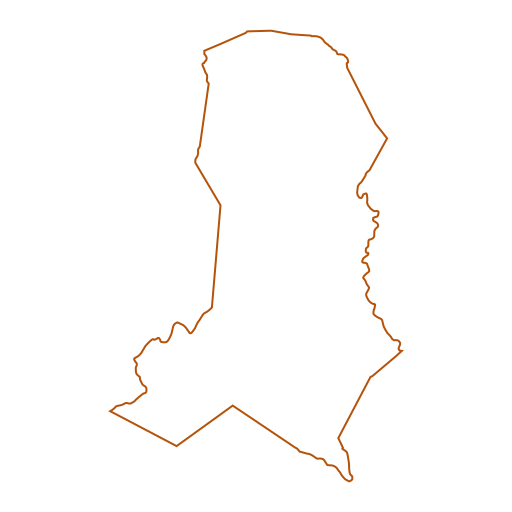 the district of Nueva Armenia, Francisco Morazán, Honduras
{"feature_id": "27666195B91464863052261", "entity_name": "Nueva Armenia", "entity_type": "district", "adm_level": 2, "iso_a3": "HND", "parent_name": "Honduras", "parent_adm1": "Francisco Morazán", "projection": "robinson", "projection_center": [-87.179, 13.75], "detail": "fine", "context": "isolated", "style": "outline", "palette": "amber", "viewbox_px": 512, "rotation_deg": 0, "n_neighbors": 0, "source": "geoboundaries", "source_scale": "gbopen_adm2", "svg_char_len": 6022}
<svg xmlns="http://www.w3.org/2000/svg" viewBox="0 0 512 512"><path d="M176.6,446.1L232.7,405.6L295.2,447.6L296.1,448.0L296.9,448.5L297.7,449.2L299.0,450.8L299.6,451.5L299.8,451.7L300.1,451.8L300.9,451.9L306.1,453.4L308.4,453.8L309.9,454.2L311.3,454.9L312.4,455.5L314.4,456.8L316.0,458.1L317.0,458.5L317.5,458.7L318.0,458.7L319.4,458.5L320.3,458.5L321.7,458.7L322.9,459.1L323.5,459.5L324.2,460.3L324.9,461.3L326.6,464.0L327.1,464.7L327.4,465.0L327.8,465.1L328.8,465.2L329.7,465.3L331.1,465.3L332.1,465.4L333.6,465.9L334.4,466.3L335.1,466.7L336.3,467.6L337.1,468.5L338.1,470.1L339.4,471.6L340.0,472.3L340.5,473.2L341.3,474.7L342.2,475.9L343.6,477.6L344.7,478.8L345.3,479.3L346.8,480.1L348.6,481.2L348.9,481.3L349.2,481.3L350.1,481.0L350.7,480.7L351.3,480.3L352.2,479.4L352.3,479.0L352.3,477.4L352.2,476.7L352.1,476.2L351.8,475.9L351.1,475.3L350.2,474.2L349.9,473.6L349.6,472.6L349.5,472.0L349.5,471.2L349.3,470.3L349.2,468.8L348.9,462.6L347.7,455.6L347.3,453.5L347.0,452.7L346.8,452.3L346.6,452.0L346.1,451.5L344.6,450.3L343.6,449.6L342.7,449.2L342.4,448.7L342.4,448.4L342.6,448.0L342.9,447.7L338.3,438.1L370.5,376.9L372.4,376.1L396.2,356.0L401.8,350.9L399.6,350.5L398.8,349.5L398.6,348.3L399.2,346.7L399.7,345.5L400.1,343.9L400.0,342.6L398.7,340.9L397.5,340.3L395.9,340.1L394.1,340.3L392.2,339.0L390.8,336.7L389.6,335.3L387.3,332.9L385.4,329.8L383.8,326.7L382.8,323.2L382.5,321.4L381.9,319.7L380.9,318.8L379.1,318.0L376.9,316.9L375.2,315.7L373.6,314.1L373.4,312.7L373.8,309.8L374.0,309.7L374.5,308.2L375.1,305.1L375.1,304.6L374.5,304.1L373.1,303.9L371.1,302.9L369.4,301.4L368.3,299.9L366.8,297.1L366.2,295.6L366.2,293.7L367.1,292.0L368.0,290.4L368.9,288.5L369.0,287.4L366.8,284.2L366.1,282.7L365.4,280.8L364.7,279.7L363.5,278.4L363.2,277.5L364.0,276.0L365.6,274.4L367.1,273.0L368.4,272.2L369.3,271.0L368.9,268.9L368.0,266.5L367.9,266.4L367.2,264.3L366.9,263.6L365.7,263.0L364.8,262.8L363.2,262.7L362.4,262.2L362.3,260.7L363.1,258.7L364.1,257.7L365.8,256.4L366.9,255.7L368.1,254.7L368.4,253.5L368.0,252.8L367.1,252.8L366.5,252.7L365.8,251.7L365.8,250.0L366.0,248.4L367.0,247.6L368.1,246.5L368.4,244.4L368.3,243.1L368.4,241.6L368.6,240.4L369.1,239.7L370.5,239.4L372.2,238.7L372.5,238.4L373.4,237.8L374.2,236.3L374.3,232.0L374.4,230.9L375.3,229.1L376.5,227.9L377.6,227.1L378.1,225.9L377.9,224.3L376.9,222.9L373.6,220.9L373.0,219.7L373.3,217.9L374.5,217.3L376.2,216.8L377.1,216.6L377.9,215.6L378.3,214.1L378.6,212.5L378.3,211.5L377.1,211.0L375.3,211.2L373.4,210.8L370.6,208.6L369.4,207.0L368.1,205.5L367.1,203.0L367.3,198.1L366.8,194.3L366.2,193.5L365.5,193.6L364.4,193.9L363.3,194.4L362.0,197.4L361.7,197.7L360.4,198.0L359.2,197.5L357.6,195.1L357.1,192.4L357.3,191.0L357.6,188.6L357.9,186.1L359.6,183.6L361.0,182.5L362.1,181.0L362.8,179.9L364.4,177.4L365.6,175.3L365.7,174.1L366.6,172.7L368.3,171.1L369.2,170.5L369.9,169.6L370.5,168.4L387.1,138.4L375.5,123.7L347.1,67.6L347.1,67.1L347.1,66.0L346.7,64.2L346.8,63.1L347.3,63.0L347.8,62.6L348.0,62.2L348.1,61.8L348.0,60.8L347.6,59.3L347.3,58.6L346.8,57.9L346.5,57.5L345.8,57.0L344.9,56.1L344.3,55.3L343.8,55.0L343.0,54.7L339.8,54.3L338.2,54.3L337.7,54.1L337.4,54.0L337.1,53.6L336.9,52.8L336.6,52.0L336.3,51.5L336.0,51.2L335.3,50.7L333.4,49.7L332.5,49.2L332.2,48.8L331.6,47.9L330.8,46.9L330.4,46.7L329.5,46.2L329.0,45.8L328.3,44.9L325.1,42.6L324.3,41.6L323.2,40.0L322.9,39.6L321.3,38.1L320.4,37.5L318.8,36.9L317.5,36.5L316.6,36.3L314.2,36.1L312.5,36.2L311.7,36.2L311.4,36.0L310.9,35.6L291.4,34.3L271.0,30.7L247.2,31.4L245.7,32.9L220.7,43.9L204.3,50.8L204.4,51.7L204.3,53.4L204.4,54.1L205.1,54.9L205.8,55.9L206.4,57.0L206.6,57.9L206.6,58.9L206.3,59.8L205.8,60.8L205.0,61.4L204.0,63.1L203.6,63.1L203.2,63.3L202.9,63.5L202.7,63.7L202.5,64.2L202.5,64.9L202.6,65.7L203.7,67.9L204.5,70.0L205.1,71.7L205.8,73.1L206.6,74.2L206.9,74.7L207.1,75.7L207.2,77.1L207.1,77.8L206.9,79.4L206.8,80.3L206.9,80.9L207.1,81.4L207.4,81.9L208.4,83.2L208.7,83.7L199.8,146.5L199.1,147.7L198.5,148.5L198.0,150.3L198.1,151.7L198.1,153.5L197.7,155.2L197.1,156.8L196.1,158.1L195.5,159.2L195.3,160.6L195.3,162.7L220.5,205.3L211.9,307.5L210.1,309.3L208.8,310.4L207.0,311.8L205.4,312.6L204.5,313.2L203.8,313.6L203.3,314.2L201.9,316.2L200.0,319.3L199.5,320.1L198.4,321.5L197.7,322.5L196.3,325.2L195.2,327.8L194.6,328.8L193.5,330.3L192.6,331.6L191.8,332.5L191.2,333.0L190.8,333.2L190.3,333.2L189.9,333.2L189.6,333.0L186.4,328.3L184.6,326.3L183.5,325.4L183.0,325.0L177.9,322.6L177.6,322.4L177.4,322.4L176.1,323.0L175.0,323.7L174.2,324.5L173.7,325.4L173.4,326.0L173.1,326.7L171.9,332.0L171.4,333.8L171.2,334.5L169.8,337.5L168.6,339.7L167.7,340.9L167.3,341.3L166.9,341.7L166.3,342.0L165.8,342.1L165.3,342.3L164.5,342.3L162.8,342.2L162.0,342.1L161.3,341.9L160.8,341.6L160.5,341.2L160.4,340.9L160.4,340.4L160.3,340.1L159.8,339.2L159.4,338.6L159.1,338.2L158.9,338.1L158.6,338.0L158.2,337.9L157.6,338.1L156.9,338.7L156.4,339.0L154.9,339.6L154.4,339.7L154.1,339.7L153.8,339.6L153.4,339.3L153.0,339.2L152.6,339.3L152.1,339.5L151.5,340.0L150.6,340.7L147.6,343.6L146.5,344.8L145.5,345.9L141.3,352.9L140.9,353.4L140.4,354.0L139.1,355.4L137.7,356.4L137.0,356.9L135.6,357.6L134.9,358.0L134.3,358.6L134.2,359.1L134.2,359.4L134.3,359.8L134.7,360.6L135.5,361.9L136.5,363.0L136.7,363.4L136.8,363.9L136.8,364.5L136.7,365.4L136.6,365.8L136.2,366.5L136.0,367.0L135.8,367.7L135.8,368.3L135.8,369.7L135.9,371.4L136.0,372.3L136.3,373.3L136.7,374.1L137.1,374.6L138.6,376.0L139.5,376.7L139.8,377.0L140.0,378.2L140.1,379.6L140.2,379.9L141.4,382.4L142.3,384.2L142.7,384.7L143.4,385.3L144.6,386.0L145.1,386.3L145.6,386.9L146.0,387.5L146.3,388.1L146.4,388.6L146.5,390.0L146.4,391.0L146.3,391.6L146.1,392.1L145.7,392.6L145.2,393.0L144.7,393.2L144.0,393.3L143.7,393.4L142.3,394.3L140.5,395.8L138.8,397.1L137.6,398.2L135.8,399.8L135.4,400.2L134.8,401.0L134.4,401.3L131.4,403.2L130.6,403.5L129.9,403.6L128.5,403.4L126.8,403.0L126.3,403.0L125.8,403.0L125.1,403.3L123.3,404.3L121.8,404.9L120.4,405.3L117.4,405.9L116.6,406.2L116.3,406.3L115.9,406.6L113.6,408.9L111.8,410.2L110.2,411.2L176.6,446.1Z" fill="none" stroke="#b45309" stroke-width="2"/></svg>